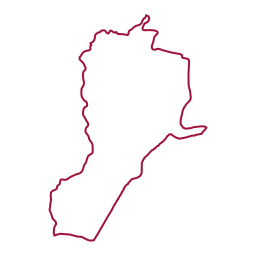 the district of Malacatán, San Marcos, Guatemala
{"feature_id": "79465075B54780709245522", "entity_name": "Malacatán", "entity_type": "district", "adm_level": 2, "iso_a3": "GTM", "parent_name": "Guatemala", "parent_adm1": "San Marcos", "projection": "albers", "projection_center": [-92.12, 14.914], "detail": "fine", "context": "isolated", "style": "outline", "palette": "rose", "viewbox_px": 256, "rotation_deg": 0, "n_neighbors": 0, "source": "geoboundaries", "source_scale": "gbopen_adm2", "svg_char_len": 5598}
<svg xmlns="http://www.w3.org/2000/svg" viewBox="0 0 256 256"><path d="M98.2,233.2L108.7,215.0L111.2,211.1L113.4,206.7L121.8,192.7L121.9,192.0L123.5,190.0L124.2,187.7L126.3,185.0L127.8,184.2L128.4,182.9L130.1,181.2L131.6,179.3L137.2,177.7L139.4,176.4L140.4,175.7L141.0,174.5L141.7,172.8L141.8,162.8L143.0,160.4L144.4,157.9L145.7,156.7L147.9,154.7L149.5,152.8L152.0,150.2L152.8,150.1L154.6,148.4L155.1,148.4L156.1,147.2L157.7,145.9L158.4,145.7L159.8,143.8L162.8,141.7L163.9,140.6L165.6,138.7L167.5,135.9L168.6,135.2L169.2,134.4L171.3,134.3L173.7,136.2L176.6,137.8L179.3,138.7L185.7,137.5L192.2,135.6L194.6,135.6L195.9,134.9L201.6,133.8L202.7,132.0L205.6,129.0L206.4,127.7L205.2,126.6L201.3,126.3L193.6,127.2L190.8,128.1L185.9,128.7L183.2,127.7L181.2,125.0L180.5,123.0L180.8,119.3L183.0,109.6L183.9,108.2L184.0,107.4L185.0,106.6L185.8,104.8L190.1,100.2L190.8,97.7L189.9,89.9L189.5,89.3L188.6,85.2L188.5,73.9L189.1,62.4L188.8,59.8L187.5,58.8L182.7,57.8L182.1,57.3L182.1,55.3L180.3,54.1L170.6,52.3L163.0,50.3L162.1,50.0L161.2,49.6L160.3,49.3L159.0,49.0L157.8,48.8L157.0,48.9L155.9,49.4L155.4,49.6L154.7,49.7L153.7,49.7L153.1,49.5L152.7,49.2L152.3,48.8L152.1,48.3L151.9,47.7L151.8,46.9L151.9,46.1L152.1,45.4L152.3,44.6L152.6,43.8L152.8,43.0L153.6,40.6L153.9,38.4L154.1,37.7L154.5,36.9L155.7,35.3L156.4,34.8L157.1,34.0L157.6,33.2L157.5,32.1L157.2,31.7L156.6,31.3L155.8,30.8L154.6,30.5L152.7,30.3L150.0,30.1L148.6,30.1L147.2,30.2L145.3,30.2L144.4,30.2L143.6,30.0L142.9,29.6L142.5,28.7L142.6,28.0L142.8,27.4L143.3,26.0L143.7,25.3L144.2,24.1L144.8,23.4L145.4,23.1L146.3,22.6L147.4,22.1L147.9,21.6L148.4,20.8L148.9,19.6L149.1,18.1L148.9,17.2L148.5,16.4L147.5,15.9L146.1,15.4L145.8,16.5L145.5,17.1L145.3,17.6L144.9,18.1L144.1,18.4L143.6,18.9L143.3,19.3L142.8,20.1L142.5,20.7L141.9,22.0L141.7,22.7L141.3,23.5L140.5,24.1L139.9,24.6L139.5,24.8L138.9,25.0L138.3,25.2L137.1,25.6L136.4,25.8L135.9,26.0L135.3,26.3L134.8,26.6L134.3,26.9L133.8,27.3L132.9,28.3L132.3,28.8L131.7,29.2L131.3,29.5L130.8,29.7L130.3,30.0L129.7,30.5L129.1,31.0L128.9,31.6L128.6,32.6L128.5,33.4L128.4,34.1L128.0,34.8L127.4,35.0L126.8,35.0L126.2,34.8L125.5,34.6L125.0,34.5L124.2,34.4L123.1,34.3L122.6,34.2L122.1,34.2L121.2,34.2L120.6,34.2L120.0,34.0L119.4,34.0L118.7,34.1L117.9,33.9L117.3,33.4L117.0,32.9L116.7,32.4L116.3,32.1L115.8,32.2L115.1,32.6L114.5,32.7L113.9,32.4L112.9,31.8L111.8,31.1L111.3,30.8L110.7,30.6L110.1,30.7L109.7,31.2L109.4,32.0L109.3,32.4L109.0,32.9L108.5,33.4L107.8,33.4L107.2,33.2L106.7,32.8L106.1,32.1L105.7,31.5L105.4,31.0L104.7,30.5L103.4,30.4L102.3,30.4L101.7,30.6L101.0,31.0L100.4,31.6L100.0,32.1L99.3,32.4L98.6,32.5L98.0,32.5L97.5,33.0L97.0,33.3L96.3,33.8L95.9,34.2L95.5,34.6L95.2,35.4L95.1,35.8L94.8,37.8L94.6,38.7L94.5,39.4L94.2,40.1L93.8,40.7L93.4,41.3L92.9,41.8L92.4,42.2L91.5,42.6L90.7,43.0L90.4,43.8L90.9,44.5L91.3,45.1L90.6,45.7L90.4,46.6L90.3,47.8L90.4,48.5L90.3,49.3L90.0,49.8L89.4,50.2L88.9,50.4L88.4,50.5L87.3,50.6L86.3,50.9L85.5,51.1L85.0,51.4L84.3,51.7L83.4,52.3L82.9,52.6L82.5,53.3L82.1,53.8L81.6,54.7L81.3,55.1L81.0,55.8L80.7,56.1L79.8,56.9L79.7,57.5L79.6,58.2L79.6,58.8L79.6,59.3L80.8,60.6L81.9,61.7L82.7,62.5L83.1,62.9L83.4,63.3L84.1,64.5L84.3,65.2L85.0,66.6L85.4,67.3L85.5,68.1L85.6,68.7L85.5,69.4L85.1,70.0L84.6,70.4L84.1,70.8L83.7,71.2L83.3,72.4L83.2,73.1L83.0,74.0L83.0,75.5L83.1,76.8L83.2,78.4L83.3,79.2L83.4,79.8L83.7,80.7L83.8,81.3L83.9,82.2L83.9,83.0L83.9,84.1L83.6,85.1L83.2,85.8L82.6,86.9L81.9,88.2L81.6,88.7L81.4,90.2L81.4,92.3L81.4,93.7L81.5,95.4L81.6,96.0L81.8,96.8L82.0,97.2L83.0,98.7L83.5,99.4L84.2,100.3L84.5,100.7L85.2,101.1L85.7,101.3L86.3,101.8L86.8,102.6L87.0,103.4L87.1,104.1L87.1,104.8L87.1,105.5L86.9,106.1L86.1,106.6L85.5,106.8L84.6,107.5L84.1,108.1L83.7,108.9L83.4,109.9L83.3,110.4L83.2,111.5L83.0,113.7L83.1,114.7L83.2,115.2L83.7,116.0L84.7,117.4L86.0,119.9L86.5,120.8L87.0,121.6L87.5,122.3L87.8,122.9L88.1,123.5L88.2,124.7L88.1,125.4L87.9,125.9L87.4,126.5L86.6,127.3L86.1,127.9L85.8,128.6L85.7,129.1L85.6,129.6L85.5,130.6L85.5,131.5L85.7,132.2L86.0,132.9L86.4,133.4L87.1,134.3L87.9,135.2L88.2,135.8L88.6,136.7L88.8,137.3L89.1,138.6L89.5,139.6L90.0,140.5L90.8,141.5L91.2,142.1L91.5,142.6L92.0,143.4L92.2,143.9L92.4,144.6L92.6,145.2L92.6,146.2L92.7,147.9L92.7,149.0L92.7,150.3L92.7,151.6L92.6,152.3L92.2,153.2L91.8,153.5L91.3,153.8L90.4,154.4L89.1,155.2L88.7,155.6L88.1,156.2L87.6,157.4L87.0,159.0L86.2,161.8L85.9,162.5L85.7,163.1L85.4,163.5L85.0,163.9L84.7,164.3L84.2,165.0L84.0,165.5L83.7,166.6L83.4,167.7L83.2,168.4L83.1,168.9L82.7,169.9L82.3,170.7L81.5,171.9L80.9,172.5L80.1,173.0L79.3,173.4L78.3,173.8L77.4,174.0L76.7,174.2L76.1,174.4L74.6,175.1L72.3,176.1L71.2,176.6L69.7,177.5L68.9,178.0L68.3,178.5L67.4,179.0L67.0,179.3L66.5,179.5L66.0,179.7L65.3,179.8L63.8,179.7L62.7,179.5L62.3,179.5L61.6,179.4L61.1,179.5L60.5,180.0L60.2,181.1L59.9,183.2L59.7,184.0L58.9,184.7L57.8,185.5L57.2,186.3L57.1,186.8L56.9,188.1L56.6,188.8L55.7,189.5L54.4,190.1L53.1,190.6L52.6,190.9L52.1,191.2L51.8,191.5L51.4,191.9L51.0,192.7L51.0,193.1L50.7,194.8L50.7,195.5L50.8,197.3L50.9,198.2L51.0,198.8L51.0,199.5L50.9,200.6L50.8,201.5L50.6,202.4L50.4,203.2L50.2,205.6L50.2,206.3L50.0,207.6L49.8,208.4L49.7,209.0L49.6,209.8L49.6,210.3L49.8,210.8L50.1,211.4L50.4,212.0L50.6,212.5L50.8,212.9L52.0,216.4L52.1,217.0L52.3,217.7L52.6,218.4L53.7,219.6L54.7,220.7L55.4,221.4L55.7,221.9L56.0,222.9L56.1,223.7L56.0,224.2L55.8,224.7L54.9,226.1L54.6,226.7L54.4,227.3L54.2,228.0L54.0,229.0L53.9,230.0L53.8,231.7L53.8,232.6L53.8,233.6L54.2,234.6L54.5,235.5L56.7,234.7L60.1,233.8L69.7,234.5L77.3,236.5L81.7,236.9L87.9,240.0L90.2,240.6L93.8,240.3L98.2,233.2Z" fill="none" stroke="#9f1239" stroke-width="2"/></svg>